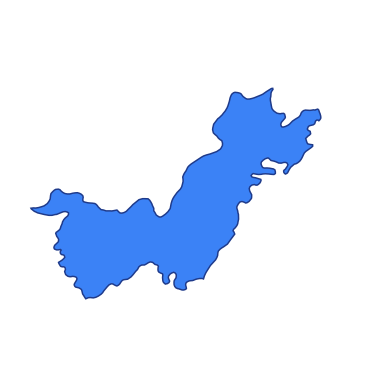 Beshankovichy, Vitebsk, Belarus, rotated 326°
{"feature_id": "67162791B20127655381780", "entity_name": "Beshankovichy", "entity_type": "district", "adm_level": 2, "iso_a3": "BLR", "parent_name": "Belarus", "parent_adm1": "Vitebsk", "projection": "robinson", "projection_center": [29.528, 55.058], "detail": "fine", "context": "isolated", "style": "filled", "palette": "blue", "viewbox_px": 384, "rotation_deg": 326, "n_neighbors": 0, "source": "geoboundaries", "source_scale": "gbopen_adm2", "svg_char_len": 6016}
<svg xmlns="http://www.w3.org/2000/svg" viewBox="0 0 384 384"><g transform="rotate(326 192 192)"><path d="M273.7,137.7L270.2,140.5L268.1,141.9L264.7,143.5L261.9,144.3L260.2,144.9L256.3,145.6L254.3,145.7L247.9,147.9L245.1,150.5L243.9,151.9L242.8,154.9L243.1,156.7L243.9,159.5L244.0,162.3L244.6,164.4L245.4,166.1L244.6,168.6L243.2,170.5L240.8,171.8L239.6,172.3L235.1,172.3L228.3,170.6L224.8,169.4L221.8,168.6L219.2,168.4L207.0,168.3L204.2,168.6L202.3,169.1L198.7,171.2L197.3,171.7L195.7,172.4L194.4,173.2L192.7,174.4L191.8,176.2L190.6,178.2L188.3,180.3L186.3,182.0L184.0,183.1L179.3,184.1L174.9,185.7L172.7,186.7L170.6,188.0L168.4,189.8L164.7,193.5L161.1,194.9L157.6,195.5L153.9,195.6L152.2,195.3L150.9,194.4L150.1,192.7L149.5,191.1L149.8,188.1L149.8,186.2L151.2,184.1L151.6,181.3L152.1,179.3L152.3,177.0L152.3,175.1L151.8,173.1L148.8,170.9L147.3,169.9L143.7,168.7L135.9,169.4L133.5,170.0L128.5,170.9L126.9,171.3L124.4,171.1L122.3,170.4L121.2,169.7L120.4,168.7L119.7,165.0L114.9,162.9L113.5,161.8L110.2,159.6L108.5,157.4L106.7,155.7L105.9,152.0L105.9,150.4L105.7,148.8L105.0,147.2L103.1,145.5L99.8,142.9L97.7,140.7L96.6,139.3L96.8,137.8L97.7,136.7L98.9,135.4L99.4,133.9L98.9,131.8L98.0,130.2L96.6,128.5L94.5,127.3L92.4,126.3L89.6,125.3L87.5,123.9L85.7,122.1L84.6,120.0L84.0,117.9L83.8,116.2L82.8,114.9L80.4,113.6L78.9,113.5L76.8,113.8L74.3,114.4L72.9,115.7L70.5,118.5L68.3,119.7L65.6,120.7L61.7,120.8L59.1,120.1L56.3,119.2L53.4,117.9L51.6,116.5L49.4,115.4L49.3,116.2L49.7,117.3L50.5,119.9L51.3,121.1L52.3,122.9L56.9,128.0L60.4,131.4L62.8,133.0L65.8,134.1L67.3,134.9L74.0,136.3L76.0,137.3L77.3,138.8L78.0,140.2L77.0,141.5L75.7,142.3L72.1,142.7L70.1,143.3L67.9,144.4L66.8,145.5L64.0,147.3L62.3,148.7L61.1,149.2L58.2,149.5L56.8,149.5L55.8,150.2L55.6,151.2L55.1,153.0L55.1,156.0L54.8,156.9L53.5,158.4L52.5,158.7L48.3,159.4L46.9,160.4L46.3,161.1L46.1,162.4L47.3,164.2L48.6,165.1L50.8,166.1L51.0,167.0L49.6,167.7L49.1,168.2L48.6,169.5L48.8,170.8L50.4,172.5L50.5,173.6L50.0,175.0L48.4,175.5L46.5,175.8L44.0,175.8L42.0,175.7L41.8,176.3L41.6,177.6L41.5,179.6L41.6,180.3L42.6,181.5L43.7,182.1L44.4,183.3L44.4,183.9L43.9,185.3L41.9,186.8L41.1,189.8L41.5,191.1L41.9,192.3L42.9,193.5L44.2,194.5L45.6,195.0L47.0,196.1L48.1,197.4L48.4,198.4L48.1,199.7L46.9,200.6L44.3,201.8L42.8,202.6L42.3,203.4L42.1,204.8L42.4,205.8L44.6,208.2L45.3,209.6L45.7,210.7L45.7,211.7L44.8,214.1L44.4,215.1L44.3,215.7L44.3,217.3L44.2,218.7L44.2,221.1L46.8,221.6L48.5,222.5L51.0,224.6L53.4,225.5L56.1,225.9L59.5,225.9L61.6,225.5L63.7,224.6L68.9,223.1L71.3,222.6L73.6,222.9L74.9,223.9L75.6,225.4L76.3,226.7L77.2,227.9L79.0,228.1L80.7,227.8L82.5,227.0L84.7,226.3L86.3,226.5L89.9,228.3L93.9,228.3L96.8,227.6L100.9,226.3L103.4,225.8L106.0,224.4L107.8,224.2L109.4,224.4L111.8,225.9L113.3,226.1L116.4,226.2L118.2,226.6L119.1,227.4L120.0,228.3L120.8,231.3L122.2,232.9L122.6,233.9L122.6,234.8L121.9,235.4L120.6,237.0L119.8,238.4L119.7,239.7L120.2,240.8L120.8,241.9L121.8,243.3L121.4,244.5L119.7,246.5L118.1,249.5L117.8,251.1L118.4,253.4L120.4,254.2L122.3,254.2L123.5,253.5L123.8,252.9L123.9,251.6L124.5,249.7L125.7,248.5L128.0,247.8L129.6,247.8L131.9,248.3L132.7,249.6L132.8,251.4L132.1,252.7L130.8,254.2L128.2,255.3L127.4,255.8L126.3,257.2L125.3,258.9L124.9,260.6L125.0,262.2L125.9,263.9L126.9,264.9L129.0,267.7L130.3,268.6L132.0,269.1L133.3,269.0L133.9,267.9L134.3,266.6L134.8,265.4L135.8,264.3L137.0,263.8L138.9,263.9L140.4,264.3L142.9,265.7L143.9,266.0L145.5,266.3L147.0,266.7L148.9,267.5L150.0,268.0L152.1,269.4L152.9,270.5L155.5,268.4L158.3,266.7L160.7,265.6L166.2,263.2L173.7,261.4L176.0,260.2L177.7,259.0L179.5,256.8L180.8,255.7L183.3,255.1L185.4,255.0L187.5,255.1L192.2,255.0L197.3,253.1L203.9,250.8L204.4,248.5L204.3,247.1L205.6,246.2L208.0,245.8L210.5,244.9L212.1,243.9L213.4,242.5L215.4,240.6L218.0,236.5L218.4,235.1L219.4,233.0L219.6,232.2L220.2,230.3L221.2,229.1L223.7,227.8L225.9,227.1L227.5,227.5L228.7,228.4L229.7,229.9L230.4,231.2L231.9,231.7L234.1,231.7L237.6,230.6L238.5,229.7L239.9,227.7L240.1,226.0L240.4,223.5L241.3,221.2L242.8,220.1L244.1,219.8L245.8,219.8L247.9,220.7L248.6,221.8L249.8,222.7L251.2,222.8L253.3,222.5L254.5,221.9L255.8,220.9L256.1,220.0L252.5,215.6L250.7,213.9L250.0,212.7L250.2,211.4L251.9,210.9L253.0,210.9L255.7,213.6L257.0,214.7L259.2,216.0L260.7,216.6L263.0,217.9L265.6,219.9L268.4,222.3L269.8,223.3L271.4,223.3L272.4,221.9L273.1,220.0L272.4,218.4L269.8,215.8L267.6,214.0L265.5,212.7L264.5,211.6L264.3,210.4L264.5,208.9L265.0,207.2L266.3,205.9L268.9,205.4L271.4,205.4L274.0,206.2L274.5,207.0L275.1,210.0L277.1,212.1L278.5,213.9L280.1,216.5L282.2,218.0L284.6,218.8L285.9,219.6L286.9,220.8L286.8,223.0L285.4,224.0L283.5,224.7L282.2,225.3L280.9,225.3L279.7,225.8L279.1,227.1L279.1,228.4L279.6,229.4L281.1,229.6L282.0,229.5L285.3,227.7L287.6,226.7L292.4,226.1L293.9,226.7L295.8,226.9L298.5,226.7L300.8,225.9L302.6,225.0L304.4,223.9L306.8,222.5L309.0,222.0L316.1,221.8L317.7,221.5L318.4,220.3L316.2,218.3L315.0,217.0L314.9,215.6L315.2,214.4L316.2,211.2L319.4,210.5L321.3,210.5L322.9,210.1L323.9,207.8L322.8,205.9L322.8,204.3L324.8,202.9L326.3,202.7L330.1,204.1L331.9,204.0L334.2,202.2L335.8,202.2L336.8,203.0L337.0,203.9L338.1,203.7L339.2,203.3L339.8,203.0L340.5,202.2L341.2,200.9L342.0,198.5L342.1,197.7L342.9,194.8L342.6,193.6L340.8,193.0L339.9,192.9L338.6,191.8L336.8,191.0L335.3,190.2L334.0,189.2L331.8,187.5L330.0,186.9L328.3,187.0L326.8,187.5L324.6,189.0L322.4,189.6L318.5,189.4L315.0,189.4L310.7,190.3L308.7,190.3L306.1,189.9L304.0,189.2L303.0,188.4L302.8,187.3L303.5,185.4L305.2,184.2L310.4,182.8L311.3,182.1L312.3,179.3L312.0,178.1L310.6,177.2L308.8,176.4L307.4,175.1L306.4,174.0L305.2,170.8L304.9,168.6L305.0,167.3L305.8,165.3L308.2,159.9L309.3,158.2L310.7,156.9L312.9,154.1L314.3,153.1L316.5,152.2L316.9,151.2L315.7,150.6L309.7,150.4L305.5,150.5L303.4,150.2L296.3,148.7L294.3,148.1L291.7,147.1L289.8,145.9L288.9,144.7L287.7,141.4L287.5,137.9L286.9,136.8L285.5,135.2L283.4,133.4L282.1,133.0L281.0,133.0L279.5,133.2L277.6,134.3L276.1,135.4L273.7,137.7Z" fill="#3b82f6" stroke="#1e3a8a" stroke-width="1.5"/></g></svg>